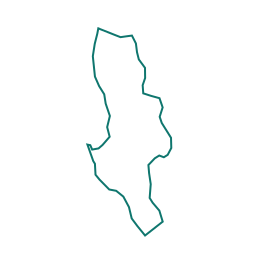 the district of Yuseong-gu, Daejeon, South Korea, rotated 148°
{"feature_id": "91817680B90442190394967", "entity_name": "Yuseong-gu", "entity_type": "district", "adm_level": 2, "iso_a3": "KOR", "parent_name": "South Korea", "parent_adm1": "Daejeon", "projection": "equal_earth", "projection_center": [127.336, 36.369], "detail": "fine", "context": "isolated", "style": "outline", "palette": "teal", "viewbox_px": 256, "rotation_deg": 148, "n_neighbors": 0, "source": "geoboundaries", "source_scale": "gbopen_adm2", "svg_char_len": 833}
<svg xmlns="http://www.w3.org/2000/svg" viewBox="0 0 256 256"><g transform="rotate(148 128 128)"><path d="M170.5,27.8L155.6,29.4L148.2,30.2L145.2,41.3L146.7,51.6L146.7,57.2L138.5,68.3L134.0,78.6L130.3,85.8L121.3,88.1L116.1,88.1L113.1,84.2L108.6,84.2L101.9,88.1L96.7,96.9L96.7,114.4L95.2,120.7L87.7,127.1L85.5,136.6L91.4,143.0L96.7,149.3L92.9,156.5L87.0,161.3L83.9,166.4L81.7,170.0L82.5,180.4L80.2,187.5L76.5,195.5L75.7,204.3L81.0,206.7L86.2,209.0L89.2,213.0L100.4,228.2L104.1,224.2L111.6,217.0L119.8,207.5L128.8,189.1L130.3,178.8L130.3,169.2L134.0,160.5L137.0,147.8L145.2,139.8L148.2,130.3L158.6,127.1L163.8,126.3L169.8,128.7L169.1,133.4L171.2,135.4L175.0,118.3L175.0,115.2L180.3,105.6L179.5,99.3L176.5,85.8L171.3,81.0L168.3,72.3L169.1,60.4L172.8,49.3L172.0,39.7L170.5,27.8Z" fill="none" stroke="#0f766e" stroke-width="2"/></g></svg>